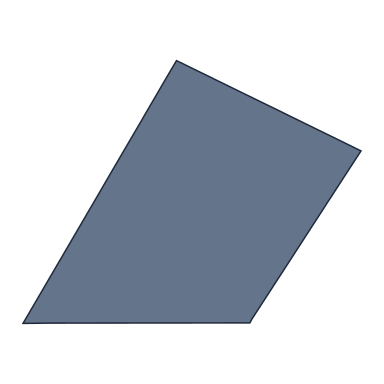 Al Ghayl, Al Jawf, Yemen (Robinson projection)
{"feature_id": "15242507B85587651128626", "entity_name": "Al Ghayl", "entity_type": "district", "adm_level": 2, "iso_a3": "YEM", "parent_name": "Yemen", "parent_adm1": "Al Jawf", "projection": "robinson", "projection_center": [44.71, 16.09], "detail": "fine", "context": "isolated", "style": "filled", "palette": "slate", "viewbox_px": 384, "rotation_deg": 0, "n_neighbors": 0, "source": "geoboundaries", "source_scale": "gbopen_adm2", "svg_char_len": 638}
<svg xmlns="http://www.w3.org/2000/svg" viewBox="0 0 384 384"><path d="M176.5,60.6L164.7,80.6L157.4,93.2L149.4,106.9L136.5,129.1L132.8,135.4L109.4,175.4L99.3,192.8L25.3,319.5L23.0,323.4L34.3,323.3L48.6,323.1L241.0,322.9L243.1,322.9L249.4,322.9L249.9,322.9L251.9,319.1L272.8,286.9L273.4,285.9L286.0,266.6L306.7,234.6L307.5,233.4L309.9,229.7L310.3,229.0L317.6,217.8L324.4,207.3L329.5,199.3L330.8,197.5L333.6,193.1L339.1,184.6L361.0,150.9L355.9,148.4L324.7,133.1L317.1,129.4L304.8,123.4L297.3,119.7L291.6,116.9L290.5,116.4L288.1,115.2L271.9,107.2L269.1,105.9L244.9,94.1L176.5,60.6Z" fill="#64748b" stroke="#1e293b" stroke-width="1.5"/></svg>